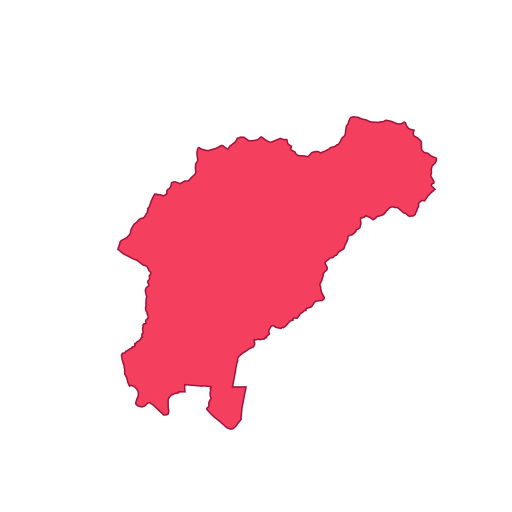 Atel, Sibiu, Romania (Robinson projection), rotated 208°
{"feature_id": "2599482B64113927200827", "entity_name": "Atel", "entity_type": "district", "adm_level": 2, "iso_a3": "ROU", "parent_name": "Romania", "parent_adm1": "Sibiu", "projection": "robinson", "projection_center": [24.475, 46.158], "detail": "fine", "context": "isolated", "style": "filled", "palette": "rose", "viewbox_px": 512, "rotation_deg": 208, "n_neighbors": 0, "source": "geoboundaries", "source_scale": "gbopen_adm2", "svg_char_len": 6118}
<svg xmlns="http://www.w3.org/2000/svg" viewBox="0 0 512 512"><g transform="rotate(208 256 256)"><path d="M175.5,441.3L179.9,440.2L181.5,440.4L184.4,441.7L186.6,443.8L188.0,443.8L189.8,440.9L191.0,440.1L193.1,439.1L199.8,438.4L204.8,437.0L205.4,436.5L206.5,434.5L209.7,432.4L210.3,431.6L217.4,428.3L220.8,427.9L222.1,428.0L226.8,426.7L228.1,426.7L228.7,426.3L230.4,426.5L235.3,424.7L237.3,422.8L237.6,421.4L237.4,418.7L236.7,416.2L237.2,413.0L234.3,405.2L234.5,402.5L235.2,401.4L235.5,400.1L235.3,395.6L235.8,392.9L236.8,392.2L237.6,390.1L238.2,389.3L241.2,386.7L241.6,384.9L243.7,382.0L244.1,381.2L247.0,377.9L247.1,377.3L250.1,377.4L252.4,376.2L254.4,374.5L255.3,373.4L255.9,371.4L256.2,369.6L256.9,368.0L260.1,367.1L265.6,364.6L266.5,364.5L269.0,364.9L270.5,366.2L274.6,366.1L275.8,367.2L275.9,369.1L276.5,369.5L280.1,369.9L281.3,370.7L283.4,373.3L286.3,371.8L289.7,371.3L296.4,363.2L297.8,362.9L301.7,362.9L306.6,363.7L307.2,363.6L307.6,363.3L308.6,360.5L309.4,359.2L311.1,357.7L314.5,355.3L317.0,354.4L322.3,355.2L325.6,353.6L326.8,352.0L327.8,351.2L327.6,349.9L327.7,348.0L328.2,346.1L330.7,340.7L330.8,337.6L331.0,337.3L331.9,337.0L337.1,337.8L338.0,337.6L339.2,336.5L339.5,335.6L342.0,332.1L347.5,326.8L348.9,326.1L352.9,325.0L354.8,324.8L357.1,325.0L357.7,324.5L357.7,322.6L356.9,320.1L356.0,318.3L352.2,312.9L352.5,309.3L350.9,305.2L348.6,302.0L348.2,300.4L348.3,299.6L350.1,294.4L350.5,292.1L351.6,289.9L354.0,288.9L356.4,285.3L356.3,285.2L356.6,284.3L362.0,283.6L363.6,282.7L365.0,281.0L364.0,277.8L363.9,276.7L364.2,274.6L365.2,273.4L365.4,272.2L364.0,268.9L365.4,266.4L366.1,265.6L369.1,265.2L371.6,264.1L373.3,263.8L374.4,263.3L374.6,262.8L374.4,255.7L373.3,249.4L373.9,247.1L373.0,246.4L373.1,245.0L372.4,243.7L372.5,242.6L372.8,241.8L372.7,239.3L373.2,236.8L375.0,235.4L376.2,233.7L376.6,232.6L377.0,230.5L378.6,226.5L378.8,221.0L378.4,219.0L377.8,218.1L377.6,215.9L378.7,211.6L382.2,206.3L382.7,205.1L382.0,202.5L381.2,197.2L374.4,195.7L363.3,195.8L358.6,196.3L351.5,195.0L347.9,195.7L347.5,195.7L344.7,193.8L344.2,193.1L341.7,192.3L340.7,191.4L340.5,189.8L340.9,189.2L341.0,188.6L339.2,185.7L339.1,185.1L339.7,183.5L339.6,182.7L339.4,182.1L337.4,180.6L336.9,179.4L336.9,178.6L337.8,177.2L338.0,176.4L337.8,174.2L336.7,172.3L333.2,168.6L333.0,166.9L331.1,162.7L329.5,160.1L329.5,159.1L328.6,157.3L327.2,155.8L325.5,155.1L325.4,154.4L324.8,153.6L323.2,152.4L322.3,151.1L322.1,150.4L323.0,148.3L323.0,146.9L321.5,144.6L323.2,143.5L323.4,142.5L323.3,141.7L322.3,140.5L322.3,139.3L322.0,138.5L319.5,135.2L319.5,134.7L320.0,134.0L319.7,132.5L319.3,131.8L318.3,131.1L319.0,130.0L318.8,128.8L319.1,127.6L319.9,125.5L320.6,124.7L321.2,122.4L321.9,121.6L320.6,119.4L322.4,117.9L322.7,117.3L322.4,116.6L322.6,116.2L324.0,114.6L324.2,113.6L326.2,110.8L326.3,109.3L326.7,108.2L328.0,107.8L328.3,106.7L328.2,105.1L324.8,100.9L320.4,96.6L320.0,95.7L318.8,94.3L316.6,90.3L312.7,87.6L309.8,84.1L308.9,83.7L307.8,82.5L306.5,81.8L305.9,82.9L305.2,83.1L303.7,83.5L301.5,83.4L299.2,82.7L296.9,81.4L295.4,79.7L294.3,77.1L294.0,73.3L293.1,69.5L292.2,68.7L289.6,68.2L285.9,69.1L283.8,71.3L282.8,74.8L282.2,75.8L280.8,76.5L276.8,76.2L266.8,73.3L265.0,73.0L263.0,72.2L260.8,73.5L259.6,74.6L259.5,75.8L260.1,77.9L262.6,81.4L265.7,87.0L266.2,88.9L266.2,91.0L265.4,93.5L263.3,96.3L260.0,98.9L260.5,99.8L254.9,102.7L257.1,106.0L258.0,108.3L258.5,109.0L242.2,115.9L241.8,116.5L240.0,117.3L234.4,119.5L234.0,118.6L234.0,117.1L233.1,116.6L232.3,113.6L230.8,111.1L228.6,109.0L229.0,107.1L228.9,104.8L228.4,103.4L227.1,101.6L227.0,100.6L227.8,99.1L227.7,97.6L222.2,95.6L216.8,94.1L211.9,93.3L201.0,90.7L199.1,90.8L196.7,91.5L195.6,92.3L194.9,93.5L193.9,96.1L193.3,100.7L192.4,104.7L193.2,106.0L197.1,115.4L203.3,135.7L215.3,129.3L219.9,144.2L221.6,148.8L221.6,149.4L222.3,151.3L222.9,154.8L224.2,156.9L224.0,159.3L221.8,164.9L220.6,166.5L218.6,170.5L217.5,172.1L215.9,174.0L215.6,174.9L215.6,176.9L215.9,177.9L216.9,179.2L217.8,179.8L218.2,181.4L217.6,181.3L217.3,181.7L216.7,181.8L215.4,183.5L214.2,183.7L213.9,184.1L213.0,184.0L211.2,185.9L209.9,186.3L209.8,187.2L209.4,187.4L209.5,187.8L209.0,188.4L209.0,188.7L208.7,188.8L208.9,189.2L208.5,189.3L208.8,190.2L207.6,193.3L207.7,193.9L208.5,194.4L209.5,195.7L209.7,196.6L209.8,199.8L209.2,201.9L207.6,202.8L205.2,202.3L202.0,203.1L199.9,203.9L199.3,205.3L198.0,205.7L196.8,208.4L195.5,214.3L194.0,216.3L193.4,216.4L193.2,216.7L193.8,217.9L193.8,218.5L193.3,219.2L190.5,220.4L189.8,223.9L189.9,225.1L189.3,226.8L188.3,228.4L187.7,230.4L186.4,231.3L186.4,231.7L186.9,232.3L186.7,233.3L185.9,234.4L184.8,235.2L183.1,237.3L182.7,241.9L182.2,244.0L179.0,246.4L176.8,247.6L175.8,250.0L175.9,250.7L176.3,251.5L180.9,254.6L183.4,257.3L184.6,259.4L185.7,260.0L186.3,260.7L186.5,265.7L187.5,270.3L188.3,271.9L187.9,274.7L187.2,275.9L186.9,277.0L187.0,277.8L187.3,278.7L188.2,279.6L191.7,282.2L192.0,282.8L191.2,285.6L190.4,286.7L189.6,289.2L187.3,290.8L186.8,292.9L185.4,294.4L185.1,297.0L184.5,299.1L181.9,303.4L181.9,304.5L182.5,307.1L182.5,310.3L182.9,314.3L183.5,315.0L183.8,316.5L182.6,318.8L181.1,319.7L179.8,323.1L179.4,325.3L179.7,325.8L179.8,326.3L178.3,327.9L177.6,329.8L178.6,333.9L180.5,336.7L181.5,338.8L179.8,339.7L178.8,340.8L178.7,341.7L178.1,342.1L178.0,343.1L177.7,343.2L172.8,343.5L169.8,342.9L169.5,343.1L168.1,345.5L167.9,347.2L167.5,347.9L165.7,349.3L162.9,352.4L162.1,355.5L162.2,356.9L161.5,358.0L161.0,360.5L159.7,362.6L158.2,363.7L156.0,364.1L153.4,365.2L146.4,363.5L145.5,363.4L144.0,363.9L140.4,363.0L139.0,363.2L135.9,365.3L134.9,367.5L135.3,369.3L135.3,371.9L135.7,372.5L135.7,376.1L136.6,377.9L137.1,378.4L137.2,379.0L135.9,382.4L135.4,383.0L133.0,383.8L132.4,390.6L131.9,391.1L131.7,392.6L130.0,396.9L129.7,398.5L129.3,398.9L133.8,400.3L134.5,400.9L134.6,402.0L133.2,403.8L133.8,405.3L138.9,408.5L139.5,409.2L140.0,411.7L141.9,414.8L142.6,417.5L142.7,418.4L141.5,422.0L141.5,424.5L142.2,426.5L142.7,427.0L148.8,426.5L152.3,427.4L153.7,427.1L155.2,426.4L157.9,426.8L159.4,427.4L160.0,428.1L161.3,430.5L162.7,432.5L163.2,433.9L163.8,434.5L165.2,435.2L168.4,436.1L173.0,436.2L175.0,438.3L175.5,441.3Z" fill="#f43f5e" stroke="#9f1239" stroke-width="1.5"/></g></svg>